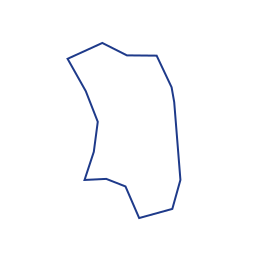 the border of Gros Islet, rotated 144°
{"feature_id": "LCA-5081", "entity_name": "Gros Islet", "entity_type": "Quarter", "adm_level": 1, "iso_a3": "LCA", "parent_name": "Saint Lucia", "parent_adm1": "", "projection": "natural_earth1", "projection_center": [-60.942, 14.065], "detail": "fine", "context": "isolated", "style": "outline", "palette": "blue", "viewbox_px": 256, "rotation_deg": 144, "n_neighbors": 0, "source": "natural_earth", "source_scale": "10m", "svg_char_len": 347}
<svg xmlns="http://www.w3.org/2000/svg" viewBox="0 0 256 256"><g transform="rotate(144 128 128)"><path d="M62.3,169.7L68.8,135.3L75.4,121.8L116.1,55.2L139.7,36.5L171.9,48.6L164.4,82.2L175.5,99.6L193.7,111.5L169.7,128.8L148.8,150.8L140.5,182.6L136.2,219.5L98.8,211.9L86.2,187.4L62.3,169.7Z" fill="none" stroke="#1e3a8a" stroke-width="2"/></g></svg>